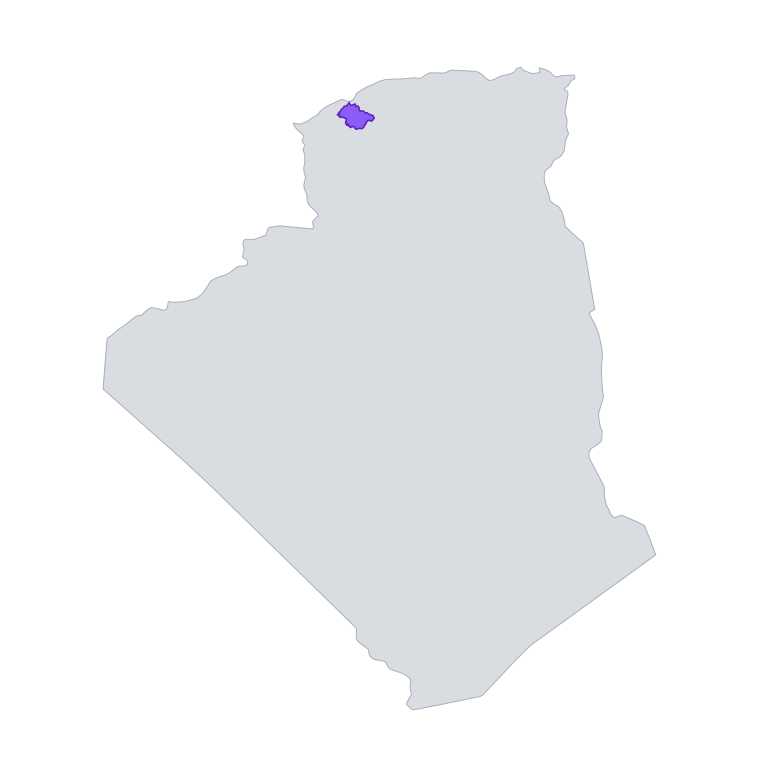 Mascara highlighted on a map of Algeria, rotated 3°
{"feature_id": "DZA-2201", "entity_name": "Mascara", "entity_type": "Province", "adm_level": 1, "iso_a3": "DZA", "parent_name": "Algeria", "parent_adm1": "", "projection": "equal_earth", "projection_center": [0.055, 35.403], "detail": "fine", "context": "in_parent", "style": "filled", "palette": "violet", "viewbox_px": 768, "rotation_deg": 3, "n_neighbors": 0, "source": "natural_earth", "source_scale": "10m", "svg_char_len": 6003}
<svg xmlns="http://www.w3.org/2000/svg" viewBox="0 0 768 768"><g transform="rotate(3 384 384)"><path d="M557.8,65.6L558.4,67.4L558.6,69.1L556.2,70.7L554.6,71.6L552.8,75.9L549.4,78.9L548.8,79.8L548.9,80.6L551.3,81.9L552.2,83.2L552.6,84.9L551.8,91.0L550.6,101.9L550.7,104.3L551.7,107.1L552.7,109.3L553.0,111.8L552.9,117.9L554.2,121.5L555.2,124.8L553.2,128.9L552.4,132.5L552.0,137.7L551.9,140.9L550.6,144.0L548.9,146.8L546.9,148.6L544.5,150.1L541.6,152.1L539.5,157.5L534.5,162.0L533.5,163.5L533.1,167.1L533.4,172.1L534.4,176.1L537.0,182.0L539.4,188.4L540.0,191.7L540.9,192.9L543.9,195.1L549.2,197.9L550.2,199.1L553.0,203.6L555.7,211.6L556.6,217.0L566.0,225.1L575.1,232.3L575.8,233.5L581.4,258.0L583.4,266.8L590.5,298.5L588.0,300.2L585.1,302.5L587.4,306.8L591.7,313.8L594.4,319.5L595.4,322.0L597.6,329.0L599.4,335.9L599.8,338.1L600.6,343.3L600.3,357.9L602.1,376.4L603.9,385.6L601.7,394.0L599.9,402.0L600.1,406.0L601.5,412.3L602.7,416.9L604.3,419.4L604.3,427.2L603.7,430.1L599.1,434.2L594.0,437.9L592.6,441.1L592.3,444.7L593.1,447.6L608.8,474.2L609.4,476.9L609.8,484.5L612.6,493.9L615.4,498.1L616.5,501.2L618.5,503.4L620.4,505.0L621.6,505.2L628.2,502.6L639.9,506.9L650.9,511.3L651.7,512.2L658.4,526.7L664.3,540.4L543.6,637.7L530.2,652.6L498.9,689.4L496.5,691.0L454.5,701.9L432.7,707.3L431.6,707.6L430.4,707.7L429.5,707.6L427.6,706.7L425.3,704.5L423.8,703.4L423.4,701.6L424.3,699.3L425.4,697.2L425.8,695.6L426.5,694.3L427.5,693.3L427.5,691.9L426.7,689.6L426.0,686.4L426.0,680.5L426.0,677.8L423.9,675.6L420.1,673.1L416.6,671.7L415.0,671.2L411.1,670.3L405.8,668.7L403.9,667.7L400.4,662.2L398.7,660.9L390.7,659.9L388.0,659.0L385.8,657.8L383.9,656.0L382.9,653.0L382.6,650.6L381.9,649.5L373.0,643.6L370.8,641.6L369.6,639.8L369.5,637.0L369.7,633.7L369.4,630.7L369.0,629.2L214.7,493.4L206.4,486.5L187.8,470.9L103.7,403.6L105.0,355.7L105.2,353.3L105.7,352.2L108.5,350.5L112.9,346.4L114.5,344.7L116.5,342.9L123.8,337.4L125.3,335.9L132.4,329.7L134.0,328.8L137.7,328.2L139.3,327.0L141.5,324.5L144.6,321.7L146.6,320.3L147.1,320.1L148.4,319.9L154.7,320.7L157.4,321.4L160.6,321.9L161.6,321.5L162.5,320.7L163.7,318.7L164.0,316.3L164.1,314.3L164.3,313.4L164.9,313.0L166.3,313.1L168.2,313.4L172.0,313.3L173.3,313.0L177.6,312.6L183.7,311.2L192.5,308.1L196.7,304.5L199.7,300.7L203.0,295.0L205.6,290.1L210.7,287.0L214.9,285.2L217.3,284.4L222.8,281.8L231.9,274.3L239.4,273.2L240.4,272.5L241.4,271.2L241.5,268.9L240.3,267.3L238.8,266.4L237.7,265.5L236.6,265.3L236.1,264.2L236.4,262.2L236.6,260.3L237.3,258.4L237.1,255.8L236.1,253.1L235.8,251.2L235.9,249.4L236.5,247.9L238.0,246.9L239.8,246.5L242.3,247.0L246.7,246.4L257.9,241.8L258.7,240.4L259.4,237.3L260.3,234.5L261.4,233.6L262.0,233.4L271.0,231.6L273.0,231.5L289.6,232.3L303.9,232.9L305.2,232.3L305.2,230.2L304.3,226.5L304.9,224.2L306.9,222.0L309.5,219.6L308.3,216.7L306.3,214.7L303.4,212.4L302.0,211.4L299.4,208.6L297.9,205.3L296.8,198.5L294.9,194.7L293.5,190.0L294.8,181.3L293.0,176.1L292.7,173.9L292.7,171.2L293.3,166.6L293.0,160.2L290.8,153.6L291.9,151.3L292.4,150.1L292.2,149.1L290.3,147.0L289.4,145.3L289.9,143.7L290.9,141.3L290.8,140.3L287.6,137.4L282.2,132.8L280.7,130.7L279.9,128.2L285.2,128.8L287.9,128.5L294.1,125.5L299.1,121.4L302.9,119.3L306.3,114.7L309.4,111.9L313.8,108.8L326.5,102.2L328.5,102.2L332.6,103.7L336.3,103.2L338.8,100.9L341.4,95.3L345.6,91.9L350.8,88.5L357.9,85.3L362.6,82.3L369.9,79.8L388.3,78.1L397.8,76.7L404.3,77.0L410.7,72.3L413.9,70.8L428.0,70.4L434.6,67.0L459.8,67.0L462.9,68.1L465.9,70.0L471.2,74.4L473.7,75.4L477.1,74.5L484.7,70.2L493.3,68.0L498.0,65.5L499.9,61.9L504.0,60.5L506.3,63.3L515.5,66.2L521.0,65.4L523.4,64.5L522.4,60.3L528.3,61.4L532.8,63.4L537.7,67.5L540.8,68.3L546.3,66.5L557.8,65.6Z" fill="#d9dde1" stroke="#a8b0b8" stroke-width="1"/><path d="M343.5,107.9L344.4,108.8L344.7,109.8L344.9,111.1L345.1,111.7L345.4,112.3L345.8,112.6L346.4,112.7L346.8,112.7L347.7,112.4L348.2,112.4L348.8,112.4L349.3,112.6L350.0,113.1L350.8,114.0L351.3,114.3L351.8,114.3L352.3,114.1L352.8,114.1L353.2,114.1L353.7,114.5L353.9,114.8L354.2,115.1L354.6,115.3L356.3,115.6L357.8,116.3L359.0,116.5L358.8,117.2L359.0,117.4L359.2,117.7L360.1,118.3L360.3,118.5L360.3,118.9L360.0,119.5L358.8,121.3L358.3,121.8L357.7,122.2L357.3,122.2L357.0,122.1L356.6,121.9L355.7,121.5L355.3,121.5L355.0,121.5L354.6,121.6L354.3,121.8L353.9,122.0L353.5,122.3L353.2,122.8L352.9,123.4L352.2,125.2L350.9,127.1L350.3,128.8L349.9,129.1L349.2,129.7L348.7,130.0L348.1,130.2L347.6,130.2L346.6,129.9L346.1,129.9L345.2,130.4L344.3,130.5L343.9,130.7L343.5,130.9L343.0,131.0L342.5,131.0L341.8,130.5L341.5,130.0L341.1,129.1L340.8,128.7L340.4,128.5L340.1,128.5L339.8,128.7L339.4,128.8L338.6,128.6L338.2,128.6L337.9,128.9L337.6,129.4L337.4,129.6L337.2,129.6L336.6,129.2L336.2,128.7L335.6,128.5L335.3,128.3L335.2,128.1L335.1,127.9L335.1,127.7L335.1,127.2L335.1,126.8L335.0,126.5L334.9,126.4L334.6,126.3L334.4,126.4L334.2,126.6L334.2,126.9L334.2,127.1L334.1,127.3L333.2,127.5L332.8,126.5L332.5,126.0L332.0,125.5L331.9,125.2L332.0,124.9L332.2,124.6L332.2,124.4L332.2,123.9L332.2,123.6L332.3,123.4L332.4,123.1L332.5,122.6L332.6,121.9L332.6,121.5L332.4,121.3L332.2,121.1L328.2,119.4L327.9,119.4L327.7,119.5L327.3,120.0L326.9,120.0L326.4,119.9L325.5,119.5L325.1,119.2L325.0,118.9L325.5,118.3L325.7,117.8L325.8,117.3L325.6,117.1L325.0,117.1L324.5,117.4L323.9,117.5L323.4,117.6L323.5,117.3L324.1,116.9L324.3,116.7L324.5,116.2L324.6,115.6L324.5,115.4L324.6,115.2L324.8,115.0L325.1,114.8L325.7,114.6L326.0,114.3L326.2,114.0L326.3,113.7L326.5,112.8L326.7,112.5L327.0,112.1L328.5,110.8L328.8,110.4L329.2,109.9L329.4,109.1L329.7,108.8L330.2,108.5L330.5,108.5L330.8,108.5L331.4,108.5L331.8,108.3L332.3,107.9L333.5,106.1L334.6,104.9L334.6,105.1L334.7,105.4L334.8,105.5L335.0,105.8L334.9,106.1L335.0,106.3L335.2,106.5L336.2,107.1L336.3,107.2L336.4,107.3L336.5,107.3L336.8,107.3L337.3,107.2L338.5,106.8L339.2,106.5L340.0,105.9L340.4,105.8L340.6,106.0L340.8,106.4L341.0,106.8L341.4,108.2L341.5,108.3L341.8,108.2L342.2,108.0L342.4,107.9L343.5,107.9Z" fill="#8b5cf6" stroke="#5b21b6" stroke-width="1.5"/></g></svg>